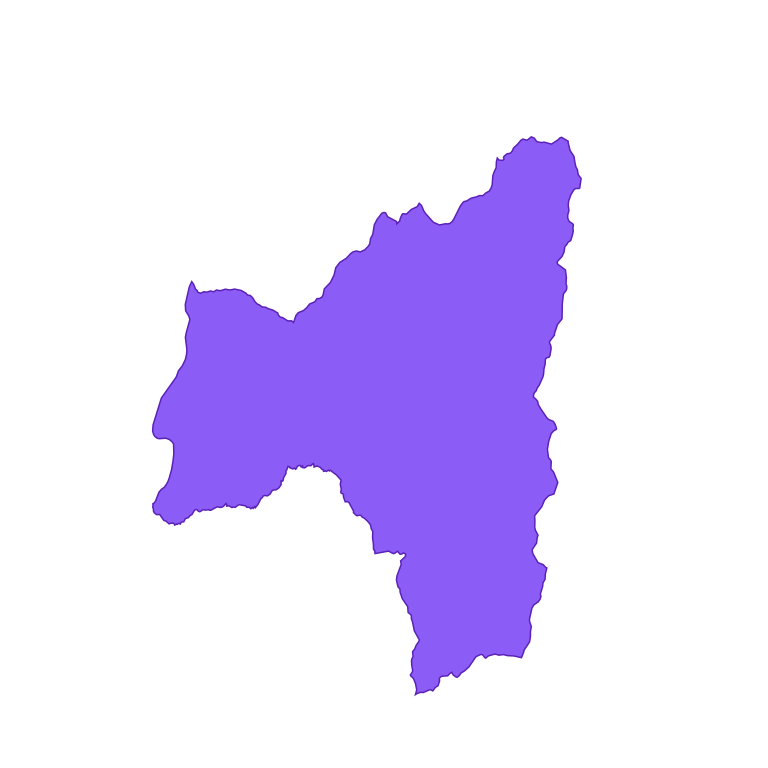 Betulia, Antioquia, Colombia, rotated 197°
{"feature_id": "7082276B84924592103866", "entity_name": "Betulia", "entity_type": "district", "adm_level": 2, "iso_a3": "COL", "parent_name": "Colombia", "parent_adm1": "Antioquia", "projection": "equal_earth", "projection_center": [-75.957, 6.181], "detail": "fine", "context": "isolated", "style": "filled", "palette": "violet", "viewbox_px": 768, "rotation_deg": 197, "n_neighbors": 0, "source": "geoboundaries", "source_scale": "gbopen_adm2", "svg_char_len": 6167}
<svg xmlns="http://www.w3.org/2000/svg" viewBox="0 0 768 768"><g transform="rotate(197 384 384)"><path d="M263.1,96.2L261.9,97.7L258.8,99.9L256.3,100.4L251.1,104.8L249.7,105.2L247.6,104.8L246.2,108.8L244.1,111.3L244.0,116.0L245.0,118.8L244.2,120.5L243.2,121.5L237.7,123.6L236.4,126.4L234.9,128.1L232.6,125.9L229.3,124.8L228.1,125.1L226.8,127.1L225.7,130.3L223.4,132.8L220.1,138.2L216.3,150.2L212.9,153.2L211.6,153.9L210.4,153.8L207.5,151.7L206.6,151.6L204.7,154.5L198.9,158.2L194.8,158.3L190.5,160.2L186.7,160.3L180.3,161.9L172.5,162.5L172.0,168.7L172.3,170.1L169.4,179.9L170.1,185.2L171.6,190.2L172.2,195.1L175.4,199.6L176.1,201.5L177.0,212.9L176.1,216.6L172.8,220.8L171.8,223.9L171.8,226.7L173.1,229.0L173.1,236.9L173.8,240.3L172.9,244.2L174.2,249.9L174.5,255.7L175.9,255.9L178.9,257.8L184.5,258.2L192.0,265.2L193.5,268.0L193.8,269.4L191.6,276.4L192.6,282.0L192.5,284.4L196.3,288.3L197.8,290.6L200.0,298.3L201.3,301.5L201.2,302.7L197.3,312.6L196.5,320.1L193.9,325.2L189.4,328.5L189.0,340.6L196.1,349.4L199.6,351.6L201.4,358.8L202.7,360.2L205.2,361.8L208.6,369.2L209.7,377.1L209.6,385.4L208.2,388.6L206.0,390.9L205.9,391.5L206.5,392.7L208.7,395.6L211.1,397.7L216.3,398.3L218.4,399.3L227.2,406.4L230.5,409.5L232.0,412.3L234.3,413.9L237.0,415.0L237.8,417.0L237.6,419.7L236.5,421.9L236.3,424.9L235.2,428.4L234.1,437.2L234.3,440.1L235.5,445.6L235.7,449.9L236.9,455.0L235.9,456.8L234.0,457.9L233.6,459.7L234.6,467.1L235.9,469.7L237.8,471.8L238.0,473.2L235.3,480.6L235.7,481.8L235.5,491.5L232.8,498.3L237.0,513.1L238.6,521.7L238.5,523.3L237.1,526.9L237.2,528.8L237.7,530.7L239.4,533.5L240.6,538.9L243.9,546.2L252.9,549.3L254.0,550.9L253.9,552.1L251.1,557.8L250.4,562.8L251.2,568.2L249.9,571.1L249.5,573.3L247.4,575.7L247.3,580.8L247.7,585.4L248.9,588.3L249.4,591.5L250.2,592.3L254.4,593.6L256.8,596.3L257.7,599.5L257.9,604.1L260.0,608.6L260.9,612.7L260.6,619.6L259.1,625.7L257.7,627.0L254.7,628.0L254.1,628.7L255.6,638.1L259.5,641.0L261.8,645.6L263.6,647.3L265.3,649.9L268.9,657.2L274.3,661.7L278.5,668.7L278.8,670.0L286.4,671.8L287.8,670.7L288.8,668.6L294.0,662.4L301.5,662.1L304.2,660.9L307.9,660.5L308.9,660.6L312.3,663.1L315.4,663.4L318.5,658.9L322.9,658.8L324.3,657.2L326.4,652.2L329.2,647.4L329.3,645.0L330.2,642.3L332.0,640.8L333.5,640.3L335.6,637.2L336.0,635.7L335.0,634.2L335.4,633.1L336.5,632.4L339.6,631.8L341.7,633.2L341.5,629.3L340.0,623.6L340.7,618.8L340.8,615.0L338.8,606.2L338.9,602.7L339.8,599.2L342.7,596.2L344.4,593.1L348.0,592.0L350.4,589.9L354.9,587.3L358.7,583.0L360.8,581.9L361.7,580.4L363.0,576.6L365.5,562.0L366.2,559.5L367.8,556.9L369.9,555.7L372.1,555.2L377.5,552.3L384.1,553.1L394.0,559.1L396.6,561.2L400.3,565.7L403.2,567.1L404.1,563.3L408.9,558.9L412.2,553.1L415.6,552.4L416.2,551.8L416.8,548.1L416.7,544.3L418.6,540.9L419.5,543.1L429.4,545.0L432.5,548.1L434.2,548.1L436.1,546.5L438.8,539.1L439.8,533.4L438.5,523.7L439.4,519.2L438.6,513.8L439.4,510.9L441.6,506.8L445.2,503.4L449.4,503.1L452.0,501.5L453.9,499.2L456.8,493.2L461.8,487.4L464.1,481.1L463.6,473.5L465.0,465.3L468.9,457.5L468.3,452.0L468.6,449.3L470.7,446.9L473.1,446.0L474.2,442.4L478.5,438.8L480.1,434.6L482.5,430.7L486.9,427.1L488.2,423.8L488.5,416.5L491.0,417.4L494.4,416.2L500.5,417.9L502.7,417.6L505.3,419.1L506.3,420.8L511.8,422.2L516.7,422.2L519.7,422.8L523.1,422.1L526.6,423.3L528.3,423.3L531.3,424.9L535.0,428.2L537.9,429.6L540.3,429.1L542.6,430.5L547.8,431.7L554.6,431.1L558.9,428.8L563.4,428.3L567.9,425.3L571.7,424.9L573.8,422.4L577.3,422.2L580.1,420.1L583.4,419.5L585.7,417.3L588.9,417.3L590.0,418.8L591.8,419.5L595.3,423.8L597.8,425.7L598.6,420.2L597.3,402.0L595.1,396.0L590.4,391.8L588.5,388.8L588.1,375.5L587.6,370.6L582.4,358.9L581.5,354.5L581.1,349.5L582.2,342.3L584.4,336.5L584.7,330.0L592.8,305.4L592.9,277.4L591.5,271.4L589.7,268.5L587.7,266.8L585.3,265.9L583.2,265.9L576.7,268.4L572.9,268.1L569.4,266.6L567.7,265.1L564.6,255.8L563.2,248.5L562.1,239.8L561.9,231.5L562.1,227.5L563.0,223.6L563.9,221.0L566.0,218.3L567.6,214.7L568.2,205.9L568.8,203.4L570.1,201.7L569.4,200.7L569.2,198.6L568.1,197.3L567.1,194.7L565.7,193.5L563.4,192.6L560.3,193.6L554.7,189.2L552.2,189.1L548.7,187.4L546.8,188.7L544.7,189.3L544.2,189.3L542.9,187.9L541.4,189.3L540.5,189.4L539.7,190.7L537.8,190.5L537.5,192.8L535.2,193.6L534.6,197.2L532.0,199.0L531.0,201.4L529.4,203.2L528.4,207.6L527.2,208.9L525.9,209.2L524.5,208.1L523.2,207.9L522.2,208.5L520.4,210.8L517.5,211.3L514.9,212.6L514.0,212.2L512.6,212.7L507.5,217.9L504.7,218.0L502.7,219.0L501.3,220.8L500.2,223.5L499.2,222.8L498.6,221.2L496.9,222.2L493.2,221.4L492.4,222.2L490.2,222.6L488.0,225.6L486.9,226.3L480.6,227.0L479.3,226.0L476.7,226.7L474.9,225.8L473.7,227.4L472.7,226.8L471.7,229.1L470.9,228.1L469.3,232.0L468.3,238.0L467.1,239.9L466.9,241.5L465.3,242.6L462.8,242.9L460.9,245.2L459.6,249.8L456.2,251.4L454.0,254.1L453.0,257.7L454.1,261.3L452.9,261.3L452.3,261.9L452.6,265.1L451.6,269.8L452.4,272.4L451.9,273.2L451.7,277.2L449.8,276.9L449.7,276.4L446.4,276.1L445.2,277.4L443.6,276.6L443.2,277.2L442.8,279.8L441.8,281.1L440.2,281.6L439.0,280.5L438.0,281.8L437.5,280.3L435.5,280.5L432.8,283.7L429.9,284.6L429.1,286.6L428.2,287.2L427.7,285.9L426.9,285.8L426.6,284.2L423.9,286.0L420.6,285.7L418.4,284.2L417.0,284.2L416.3,282.9L415.9,282.9L414.6,283.8L413.5,283.5L412.0,285.3L410.7,284.9L410.2,285.8L402.9,283.1L396.9,279.5L396.5,275.3L394.2,271.1L393.7,267.9L393.0,267.1L391.3,267.0L390.5,266.3L389.7,264.1L386.7,260.0L384.7,260.7L382.9,260.5L376.0,253.6L375.6,252.0L372.9,250.6L371.3,250.1L368.9,251.5L367.6,251.5L365.9,250.3L363.5,249.9L359.6,248.0L355.8,245.4L353.8,241.7L351.6,239.7L350.0,233.6L347.4,228.0L345.6,222.7L344.2,221.9L343.0,219.2L330.8,225.5L325.6,224.5L324.2,225.3L322.1,228.0L318.9,225.9L317.3,226.6L315.9,228.2L313.7,227.7L313.2,226.1L313.4,224.8L316.4,219.6L314.8,216.6L315.5,204.3L314.8,200.2L311.4,194.2L308.8,192.5L307.7,189.6L303.8,184.1L296.3,178.1L294.1,172.5L291.1,171.3L290.0,170.2L289.4,168.0L287.0,164.5L282.9,156.9L275.3,149.5L275.7,147.0L276.8,143.8L277.2,139.5L278.4,136.5L276.5,131.8L277.0,129.1L276.8,127.5L275.4,123.5L272.9,118.6L272.7,117.0L273.7,113.6L273.1,112.6L271.0,111.8L269.3,110.5L266.2,106.6L263.3,101.1L263.1,96.2Z" fill="#8b5cf6" stroke="#5b21b6" stroke-width="1.5"/></g></svg>